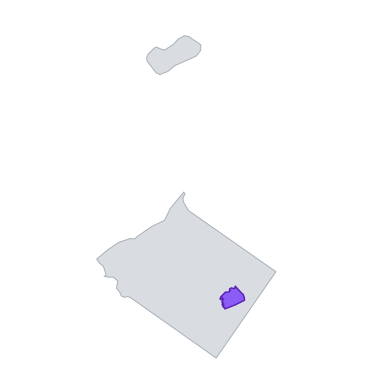 location of Mongomoyen, Wele-Nzás, Equatorial Guinea, rotated 35°
{"feature_id": "11065452B2915005607236", "entity_name": "Mongomoyen", "entity_type": "district", "adm_level": 2, "iso_a3": "GNQ", "parent_name": "Equatorial Guinea", "parent_adm1": "Wele-Nzás", "projection": "robinson", "projection_center": [11.002, 1.641], "detail": "fine", "context": "in_parent", "style": "filled", "palette": "violet", "viewbox_px": 384, "rotation_deg": 35, "n_neighbors": 0, "source": "geoboundaries", "source_scale": "gbopen_adm2", "svg_char_len": 2631}
<svg xmlns="http://www.w3.org/2000/svg" viewBox="0 0 384 384"><g transform="rotate(35 192 192)"><path d="M306.5,209.2L306.6,230.0L306.7,247.6L306.8,266.7L306.9,286.5L307.0,303.3L307.0,314.2L290.8,314.1L269.2,314.0L247.7,313.9L226.1,313.9L215.3,313.8L203.3,313.8L199.5,314.3L196.8,317.1L193.7,317.7L190.0,315.4L185.5,314.2L184.3,311.8L182.1,307.4L177.6,306.9L175.4,307.4L172.2,309.9L168.6,311.3L169.3,309.2L162.2,303.8L157.1,303.3L152.4,301.6L156.2,287.5L161.0,275.0L168.1,265.6L171.9,263.3L173.1,258.6L178.8,243.3L185.8,230.8L183.6,218.1L185.3,196.9L187.3,197.5L187.6,199.5L188.2,202.5L190.8,205.1L199.5,209.2L225.5,209.2L240.9,209.2L263.8,209.2L288.1,209.2L306.5,209.2ZM100.9,66.3L102.9,66.6L114.7,66.3L117.9,71.0L117.6,78.0L105.4,98.4L103.1,107.0L98.3,114.3L94.3,114.9L80.2,110.6L77.8,108.0L77.0,104.6L78.4,96.4L79.4,93.9L86.1,92.4L88.3,91.1L91.9,82.3L93.1,74.3L96.1,68.3L100.9,66.3Z" fill="#d9dde1" stroke="#a8b0b8" stroke-width="1"/><path d="M281.6,244.4L281.6,244.5L282.3,246.4L281.9,246.7L281.5,246.9L280.6,247.6L279.2,248.0L278.9,248.9L278.5,249.5L278.6,250.3L279.1,250.8L279.2,251.1L279.9,251.3L279.7,251.9L279.6,252.3L279.4,252.7L279.0,253.2L278.7,253.6L278.3,254.0L277.8,254.2L277.4,254.5L276.9,254.7L276.8,254.9L275.7,261.7L275.7,261.8L275.8,261.9L275.9,262.0L276.0,262.1L276.3,262.2L276.4,262.3L276.5,262.4L276.5,262.5L276.4,262.5L276.2,262.6L276.2,262.9L276.2,263.0L276.3,263.0L276.6,263.4L276.6,263.5L276.8,263.7L277.0,263.6L277.4,263.4L277.5,263.3L277.5,263.0L277.5,262.8L277.5,262.5L277.5,262.3L277.5,262.2L277.8,261.9L277.8,261.5L278.0,261.7L278.2,261.8L278.5,262.0L278.6,261.9L278.8,261.8L278.8,262.0L279.0,262.4L279.1,262.7L279.1,263.2L279.1,263.3L279.2,263.5L279.3,263.5L279.2,263.7L279.2,263.8L279.3,264.1L279.5,264.3L279.5,264.5L279.5,264.8L279.9,264.8L280.0,264.7L280.3,264.7L280.5,264.8L280.6,265.0L280.6,265.3L280.6,265.5L280.8,265.8L281.2,266.0L281.2,265.9L281.5,265.8L281.6,265.6L281.7,265.4L281.7,265.2L281.8,265.2L281.9,265.4L282.0,265.5L281.8,265.7L281.5,265.9L281.4,265.9L281.2,266.2L281.2,266.3L281.2,266.5L281.2,266.8L281.4,267.0L281.5,267.0L281.9,266.9L282.2,266.8L282.3,266.7L282.5,266.7L282.4,266.8L282.3,267.0L282.2,267.0L282.3,267.4L282.4,267.6L282.5,267.6L282.8,267.6L283.2,267.8L283.3,267.8L283.5,268.0L283.7,268.3L283.8,268.3L284.0,268.1L284.3,268.1L284.5,268.3L284.9,268.2L285.0,268.2L285.0,268.3L285.4,268.5L285.5,268.5L285.9,268.8L286.0,268.8L292.2,259.6L294.5,255.3L294.6,255.2L295.9,252.6L296.4,251.8L296.6,251.6L296.9,251.2L296.9,250.6L296.7,250.0L296.2,249.6L295.6,248.8L294.7,248.0L292.8,246.6L290.6,246.4L281.6,244.4Z" fill="#8b5cf6" stroke="#5b21b6" stroke-width="1.5"/></g></svg>